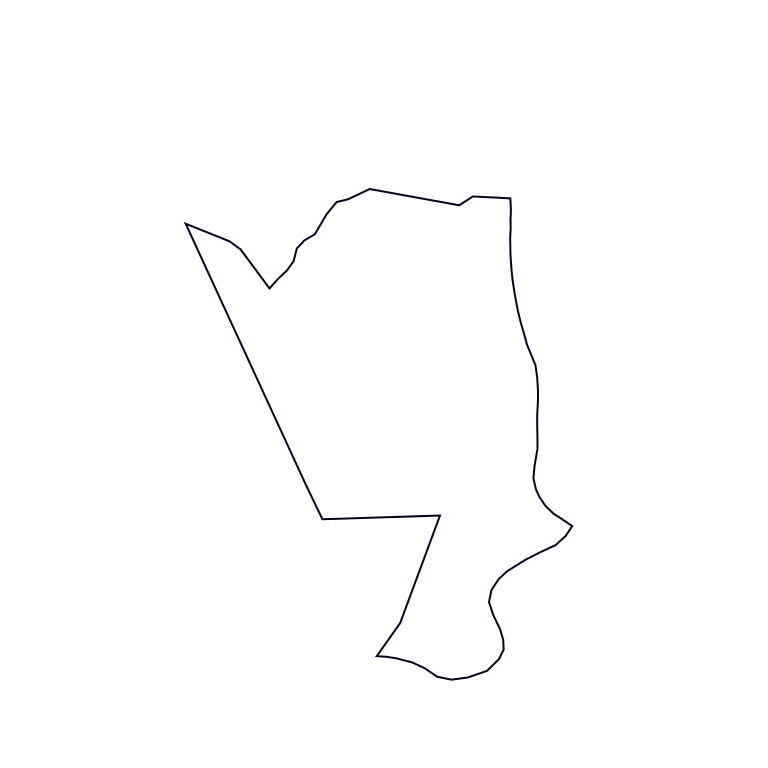 Grossos, Rio Grande do Norte, Brazil, rotated 36°
{"feature_id": "56859067B32451486884913", "entity_name": "Grossos", "entity_type": "district", "adm_level": 2, "iso_a3": "BRA", "parent_name": "Brazil", "parent_adm1": "Rio Grande do Norte", "projection": "natural_earth1", "projection_center": [-37.19, -4.948], "detail": "fine", "context": "isolated", "style": "outline", "palette": "ink", "viewbox_px": 768, "rotation_deg": 36, "n_neighbors": 0, "source": "geoboundaries", "source_scale": "gbopen_adm2", "svg_char_len": 1053}
<svg xmlns="http://www.w3.org/2000/svg" viewBox="0 0 768 768"><g transform="rotate(36 384 384)"><path d="M619.8,388.3L607.4,388.7L597.5,389.3L586.2,387.7L576.1,384.0L568.5,379.7L560.2,372.3L554.0,361.9L546.2,346.1L538.1,335.1L532.6,327.9L526.3,319.3L517.6,305.8L512.1,298.4L504.2,288.8L495.3,279.6L486.3,274.1L476.8,268.3L469.0,262.0L459.6,254.8L449.6,246.4L438.3,235.8L426.9,224.3L419.7,216.3L410.2,204.9L400.6,192.2L395.1,183.8L389.7,176.6L384.4,168.6L377.1,159.6L367.9,165.5L345.6,180.1L339.8,195.2L257.8,234.7L246.3,255.8L238.7,264.6L237.8,280.4L240.0,303.5L235.2,314.6L233.8,325.6L238.7,337.7L238.7,349.4L236.4,361.9L235.2,374.0L188.9,359.4L175.1,359.4L129.3,370.9L379.4,511.1L413.7,529.6L506.6,457.5L537.6,567.9L538.1,608.4L546.6,603.1L555.8,598.4L570.8,592.6L584.2,590.0L598.9,589.6L612.3,583.6L624.3,572.2L636.0,555.4L638.7,539.0L636.9,528.5L630.7,520.8L622.1,514.2L608.4,506.8L597.1,498.7L592.0,487.4L591.5,473.9L593.8,462.8L601.6,443.4L609.3,428.2L617.5,413.5L620.3,400.2L619.8,388.3Z" fill="none" stroke="#020617" stroke-width="2"/></g></svg>